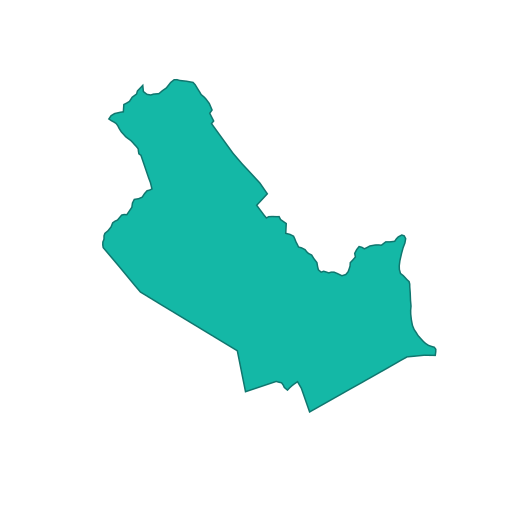 the district of São Gonçalo do Amarante, Ceará, Brazil, rotated 40°
{"feature_id": "56859067B19519417683634", "entity_name": "São Gonçalo do Amarante", "entity_type": "district", "adm_level": 2, "iso_a3": "BRA", "parent_name": "Brazil", "parent_adm1": "Ceará", "projection": "natural_earth1", "projection_center": [-39.073, -3.592], "detail": "fine", "context": "isolated", "style": "filled", "palette": "teal", "viewbox_px": 512, "rotation_deg": 40, "n_neighbors": 0, "source": "geoboundaries", "source_scale": "gbopen_adm2", "svg_char_len": 2659}
<svg xmlns="http://www.w3.org/2000/svg" viewBox="0 0 512 512"><g transform="rotate(40 256 256)"><path d="M457.2,216.9L455.3,213.9L453.7,211.9L451.2,211.3L448.7,212.4L445.6,213.6L442.1,214.0L439.2,213.9L434.7,213.3L431.2,212.8L428.0,211.7L424.4,210.7L420.6,208.7L418.7,207.2L415.8,204.8L413.9,203.0L411.8,201.0L409.3,198.1L407.0,194.8L404.9,192.7L402.9,190.7L400.9,188.5L398.0,185.3L393.6,180.8L391.8,178.7L389.7,177.2L387.0,177.1L384.1,176.7L381.5,176.4L377.9,176.5L374.5,174.2L372.0,171.4L369.3,167.2L365.8,160.4L363.4,155.2L361.7,150.3L359.5,146.5L356.6,145.3L354.2,146.2L352.7,149.9L352.5,152.5L352.8,155.6L349.6,159.0L346.3,161.8L345.1,167.2L342.8,168.7L340.3,170.9L336.8,175.1L335.6,178.2L334.4,180.8L331.5,181.3L328.9,182.5L329.0,186.4L329.9,190.5L332.8,192.9L332.7,197.1L332.5,200.5L334.5,203.2L335.5,205.6L336.7,208.9L336.7,212.5L334.5,215.9L329.7,217.1L326.2,218.2L324.0,220.0L322.6,222.2L320.2,223.1L317.6,224.2L316.3,226.5L312.7,226.5L310.1,224.6L306.9,221.9L301.9,220.8L298.0,219.5L294.6,220.3L292.2,220.2L289.5,219.6L285.6,220.5L282.8,221.8L280.0,220.5L277.5,219.5L274.6,217.9L272.0,216.7L268.2,217.6L264.2,219.5L258.3,211.7L251.4,212.3L248.4,211.0L246.2,212.9L243.2,215.2L240.5,217.7L239.5,220.2L235.7,219.5L231.5,218.5L228.4,217.8L223.9,216.7L224.7,201.1L212.0,197.6L197.8,195.8L185.7,194.3L172.4,192.1L136.8,183.2L136.8,179.8L128.8,176.4L128.5,172.4L122.2,169.2L116.6,167.9L114.2,167.6L110.2,167.6L107.2,166.5L104.6,165.7L99.3,163.9L96.2,163.5L90.4,166.8L84.7,170.6L82.2,171.7L80.0,173.6L79.1,177.9L79.2,180.7L79.3,184.9L78.0,189.7L77.3,194.0L73.4,197.9L71.9,200.3L68.5,202.3L64.0,202.4L59.6,198.1L59.1,205.8L60.4,208.7L59.1,213.9L59.7,218.9L58.6,222.1L57.4,224.9L59.2,227.4L61.7,230.8L59.6,233.2L56.1,237.8L54.8,241.7L55.2,245.6L58.3,245.3L61.1,244.7L63.7,244.4L66.3,245.0L69.3,246.3L73.1,247.5L76.9,248.0L79.5,248.4L81.9,248.3L85.8,248.0L88.7,248.3L91.1,248.7L93.8,249.0L96.8,249.6L98.6,251.3L100.6,253.0L103.1,252.8L123.6,265.2L127.9,267.6L133.2,271.5L132.1,274.0L130.6,276.0L130.5,279.7L131.0,284.1L129.3,287.5L126.4,290.9L127.3,294.8L129.6,298.5L129.9,301.5L130.2,304.3L130.5,307.4L128.3,309.0L126.8,311.0L126.8,314.1L126.8,317.5L125.6,320.0L124.9,322.7L126.3,326.9L126.4,331.9L125.7,335.8L126.6,338.2L128.8,340.9L129.7,343.7L131.5,346.0L133.6,347.8L157.9,352.0L181.8,356.4L190.6,357.9L214.4,354.3L302.6,340.6L335.2,366.7L352.1,339.1L354.4,338.1L357.1,336.7L359.9,337.4L362.2,338.5L366.3,338.5L366.5,335.3L366.9,332.4L367.5,329.6L368.6,325.6L375.8,328.2L397.3,341.0L413.9,296.7L418.5,284.7L419.8,281.1L429.2,256.0L433.8,243.4L436.6,236.1L440.9,231.8L448.6,223.9L457.2,216.9Z" fill="#14b8a6" stroke="#0f766e" stroke-width="1.5"/></g></svg>